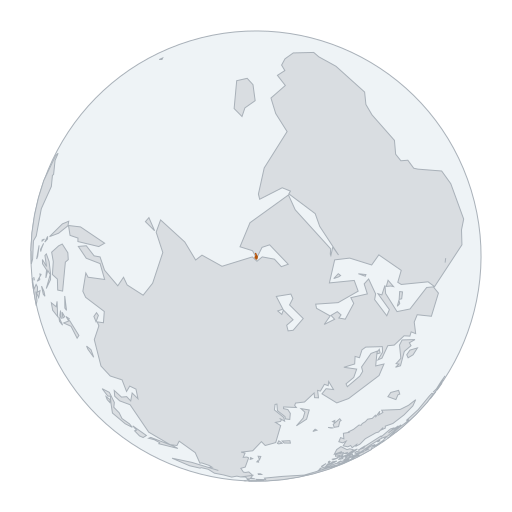 Musandam highlighted on a globe, orthographic projection, rotated 163°
{"feature_id": "OMN-2425", "entity_name": "Musandam", "entity_type": "Province", "adm_level": 1, "iso_a3": "OMN", "parent_name": "Oman", "parent_adm1": "", "projection": "orthographic", "projection_center": [56.333, 25.799], "detail": "fine", "context": "on_globe", "style": "filled", "palette": "amber", "viewbox_px": 512, "rotation_deg": 163, "n_neighbors": 0, "source": "natural_earth", "source_scale": "10m", "svg_char_len": 11170}
<svg xmlns="http://www.w3.org/2000/svg" viewBox="0 0 512 512"><g transform="rotate(163 256 256)"><circle cx="256" cy="256" r="225" fill="#eef3f6" stroke="#a8b0b8"/><path d="M326.7,42.1L328.6,42.7L326.7,42.2L329.7,43.4L326.7,42.7L316.1,39.5L313.9,39.2L320.1,41.2L321.0,42.3L312.2,39.3L312.8,41.1L295.1,37.5L274.0,32.4L261.9,32.2L233.9,32.3L234.1,32.7L223.6,33.9L219.9,35.0L215.8,35.3L216.5,36.1L220.9,35.6L222.7,35.9L221.0,36.7L215.4,37.0L215.4,36.7L212.9,37.3L210.8,37.2L210.9,37.7L204.3,38.4L208.1,39.0L200.7,40.8L197.1,40.9L201.0,39.1L202.2,37.2L217.6,34.0L233.2,31.9L249.0,30.8L264.8,30.9L280.5,32.1L296.1,34.3L311.5,37.7L326.7,42.1ZM165.4,49.8L165.0,50.0L173.3,46.7L174.2,46.6L181.3,44.5L176.4,46.9L167.7,50.7L161.6,52.8L157.6,54.7L160.3,54.8L145.9,61.6L131.2,71.4L127.8,73.3L126.9,72.2L134.8,66.2L134.4,66.4L149.5,57.5L165.4,49.8ZM131.3,68.4L130.4,69.0L123.5,73.8L131.3,68.4ZM120.1,76.3L119.2,77.0L117.3,78.5L118.9,77.4L115.3,80.3L116.0,79.5L120.1,76.3ZM330.7,43.7L332.7,44.4L333.4,44.8L330.7,43.7ZM183.5,43.4L182.4,43.9L181.6,44.0L183.5,43.4ZM187.6,42.1L187.5,41.9L189.5,41.3L187.6,42.1ZM329.5,44.3L330.0,45.1L327.6,43.7L329.5,44.3ZM187.3,42.7L192.9,40.3L196.4,39.3L199.3,39.2L187.3,42.7ZM329.2,45.2L330.7,47.8L335.3,49.2L323.3,47.2L325.9,45.3L322.2,43.1L326.5,44.7L329.2,45.2ZM223.1,35.2L218.3,35.6L223.9,34.6L223.1,35.2ZM226.3,34.5L241.2,31.9L247.5,32.1L241.2,32.7L250.7,32.7L246.5,33.9L240.3,34.2L237.1,33.7L237.9,34.6L226.3,34.5ZM316.4,46.0L315.2,46.3L314.5,45.4L316.4,46.0ZM223.9,36.0L226.3,35.3L232.0,35.2L228.1,36.7L227.5,36.2L223.9,36.0ZM255.3,32.3L258.8,32.8L256.3,33.8L257.3,34.2L246.9,33.9L255.3,32.3ZM225.3,36.6L226.0,37.5L221.7,38.3L221.9,36.7L225.3,36.6ZM235.0,34.7L237.5,34.8L234.9,35.2L235.0,34.7ZM207.0,42.6L209.8,41.4L213.0,41.1L207.0,42.6ZM226.5,37.8L228.0,37.5L229.5,37.4L229.1,38.2L226.5,37.8ZM245.9,34.9L244.1,35.4L250.0,35.0L248.4,36.1L241.8,35.9L244.0,36.4L243.5,36.8L238.6,36.3L245.9,34.9ZM233.3,38.8L224.3,39.5L218.4,41.6L215.4,41.8L225.4,38.3L233.3,38.8ZM236.8,37.3L234.0,38.2L231.7,37.7L232.3,36.8L236.8,37.3ZM249.7,37.1L253.9,35.4L255.2,35.6L249.7,37.1ZM232.1,39.5L234.3,39.4L231.9,39.7L232.1,39.5ZM244.8,37.8L246.1,37.1L247.6,37.3L244.8,37.8ZM237.6,39.8L234.7,39.9L235.0,39.2L237.6,39.8ZM241.3,39.0L243.0,39.4L236.8,38.9L241.6,38.6L241.3,39.0ZM246.0,38.1L247.3,38.0L245.2,38.4L246.0,38.1ZM238.2,42.8L230.4,42.4L231.0,40.6L238.5,41.2L238.2,42.8ZM48.6,268.2L46.6,230.6L51.8,221.0L55.8,206.5L94.2,174.5L99.0,181.0L125.4,186.3L128.1,189.4L121.3,199.8L138.2,221.2L148.0,213.6L167.0,226.6L181.9,229.3L193.7,208.8L169.2,203.9L168.6,192.5L191.1,187.4L213.0,192.5L213.4,188.3L202.6,177.0L210.8,170.6L199.3,172.5L201.6,177.3L194.5,179.0L191.9,174.8L194.9,172.5L189.1,169.5L176.4,182.1L177.5,188.4L160.6,187.2L160.7,197.7L155.0,201.1L152.7,184.8L155.3,179.6L148.4,160.6L144.1,165.7L150.4,184.3L147.0,182.0L141.3,190.2L143.0,182.2L137.4,161.6L124.2,160.3L102.0,176.0L95.4,174.6L92.4,167.2L105.9,147.1L119.0,152.7L124.0,146.6L126.0,135.1L129.8,138.1L132.3,134.4L137.7,136.4L149.9,130.4L156.2,131.7L165.4,121.5L169.8,121.0L163.1,127.0L161.7,132.4L177.7,136.8L182.1,135.3L186.8,128.5L190.6,131.0L193.2,123.9L204.5,123.9L192.8,118.4L198.0,111.3L207.3,107.4L206.9,104.3L191.8,110.8L187.7,114.5L187.5,119.0L174.5,129.2L168.0,129.6L173.7,115.9L165.2,115.3L173.3,105.7L209.1,92.6L221.7,91.9L233.2,104.9L227.8,108.6L220.9,105.6L223.2,114.7L224.9,110.9L228.1,113.3L233.9,108.0L236.4,109.5L237.7,102.1L241.4,103.4L240.5,108.0L252.3,102.2L261.2,103.8L262.7,101.8L261.7,99.3L273.7,103.6L274.3,102.0L270.5,99.9L269.2,95.5L271.5,89.8L275.5,91.6L275.2,93.9L280.7,101.8L279.3,108.3L281.2,108.5L283.4,103.4L276.7,93.6L276.9,89.7L280.9,93.8L279.5,92.0L280.9,90.6L286.0,91.2L282.0,86.6L291.7,71.8L302.6,72.1L305.1,76.9L316.1,70.7L327.6,72.8L324.1,70.7L327.1,67.2L323.5,66.4L322.1,65.1L328.0,57.3L332.6,57.4L331.2,53.0L329.4,52.1L326.0,51.6L323.3,47.2L335.3,49.2L338.7,51.1L343.9,51.7L351.0,56.1L359.3,60.5L364.0,66.0L370.2,69.6L371.5,69.5L380.8,74.8L395.4,87.2L377.7,77.4L354.7,61.9L363.6,67.9L359.8,66.9L362.0,69.4L368.4,74.0L370.2,74.3L371.6,85.7L383.6,101.4L387.0,97.9L393.4,100.8L410.1,118.9L419.9,150.6L428.7,157.3L432.1,163.2L430.9,168.9L425.9,160.4L420.8,159.3L418.2,154.0L414.5,161.2L410.6,154.0L409.7,163.8L414.8,168.5L419.4,164.3L420.3,176.7L430.5,183.9L436.4,196.1L435.1,223.3L426.7,235.1L427.1,239.4L421.4,236.8L417.3,247.3L431.0,266.3L431.9,272.9L423.7,289.5L422.8,284.8L407.6,277.8L407.3,294.3L419.0,303.5L423.1,317.1L415.3,315.4L410.8,303.5L405.4,300.7L405.0,286.7L396.9,267.9L388.9,274.4L387.7,266.0L375.4,251.5L362.8,260.2L344.1,286.6L344.5,308.0L336.7,318.4L320.0,290.2L314.9,269.8L307.4,272.6L291.5,256.1L259.8,256.2L256.6,250.7L250.3,253.3L239.3,247.6L234.9,238.4L227.6,238.7L239.7,262.7L247.7,262.5L256.1,253.7L257.8,262.1L268.6,269.5L252.0,289.6L207.1,304.9L205.0,288.7L182.5,241.0L184.4,236.1L184.4,235.6L184.3,234.5L179.9,242.2L176.8,232.8L186.4,265.7L187.0,279.2L206.4,305.8L204.1,308.0L211.0,313.6L235.9,309.2L235.6,314.5L222.4,337.8L189.9,365.9L195.5,386.5L195.5,402.7L178.1,410.5L182.7,422.5L174.2,424.9L175.7,431.1L170.6,436.1L161.0,439.3L141.3,433.8L137.7,428.1L124.1,414.1L104.2,381.0L106.6,368.8L103.8,357.0L89.8,326.1L92.7,312.5L89.6,304.7L82.8,303.2L79.5,293.8L75.7,291.7L53.6,283.0L48.6,268.2ZM77.1,194.4L75.2,198.5L77.1,194.4ZM233.8,209.4L248.4,211.4L245.8,197.3L251.3,197.1L248.4,192.6L245.6,196.3L239.2,184.2L246.9,180.8L247.2,175.0L242.2,174.1L229.1,182.4L238.2,199.4L233.2,204.6L233.8,209.4ZM122.1,74.8L121.8,75.0L119.4,76.9L122.1,74.8ZM115.9,81.7L110.2,86.1L114.2,82.7L113.0,83.1L120.0,76.9L126.5,74.0L122.3,76.2L115.9,81.7ZM131.1,68.7L125.9,72.4L131.4,68.5L131.1,68.7ZM140.3,114.2L140.7,117.5L136.3,121.0L128.5,120.9L134.7,115.6L140.3,114.2ZM142.1,121.4L149.9,108.8L155.1,108.8L150.9,110.8L153.5,112.1L147.4,115.8L144.8,128.9L140.8,133.0L128.4,129.6L134.7,128.2L134.0,124.9L142.1,121.4ZM160.8,81.8L164.2,77.8L171.0,82.9L167.0,86.1L158.9,85.8L158.9,81.9L160.8,81.8ZM191.3,43.7L192.2,43.0L193.8,42.7L194.3,43.2L191.3,43.7ZM208.1,42.0L189.1,47.3L189.1,46.5L178.0,51.3L173.8,51.3L181.1,48.1L169.5,52.0L174.5,49.1L166.6,52.2L183.5,45.1L187.5,43.1L184.6,45.2L188.4,45.1L191.2,44.5L202.2,41.6L212.7,38.0L218.1,37.9L219.1,38.8L217.5,39.6L214.5,39.3L214.4,40.7L208.8,40.9L208.1,42.0ZM228.2,57.6L225.4,55.5L224.3,60.9L218.6,60.1L218.9,60.8L213.4,61.7L207.0,64.2L205.0,63.4L203.4,64.7L199.8,65.6L196.9,67.3L192.3,66.7L188.4,68.8L188.4,67.3L183.0,71.3L185.0,68.1L180.4,69.3L180.9,71.8L163.0,67.1L153.9,68.6L145.3,71.9L149.8,66.8L160.8,60.8L174.1,55.8L182.1,55.5L182.7,53.6L186.8,53.1L184.6,54.8L190.3,51.8L193.1,51.9L204.9,49.3L211.5,45.7L215.9,44.9L214.8,46.4L220.1,44.6L220.9,47.1L224.1,46.7L228.1,49.0L223.9,52.6L227.8,52.0L231.1,54.2L228.2,57.6ZM239.1,43.5L235.4,47.3L230.5,48.9L225.6,44.2L222.6,44.2L219.2,41.9L226.4,39.8L226.7,40.6L228.6,40.9L225.6,41.4L229.5,41.3L230.0,42.5L233.2,42.8L231.1,43.9L239.1,43.5ZM133.4,186.5L135.9,187.9L140.3,188.8L136.8,194.2L133.4,186.5ZM129.2,172.5L131.8,172.6L129.0,180.0L126.4,178.8L129.2,172.5ZM135.6,166.6L132.2,172.0L132.5,168.4L135.6,166.6ZM165.7,127.0L168.8,127.0L168.2,128.7L165.4,130.7L165.7,127.0ZM223.5,75.9L222.7,73.8L224.2,73.4L226.9,68.7L231.3,69.3L231.4,72.4L223.5,75.9ZM188.2,211.7L182.5,215.0L180.8,212.6L183.1,211.9L188.2,211.7ZM157.4,204.7L163.3,209.1L156.3,206.1L157.4,204.7ZM228.7,75.7L229.4,73.7L231.2,75.3L228.7,75.7ZM234.7,69.6L237.2,71.0L232.2,68.9L234.7,69.6ZM288.5,471.4L291.1,472.2L287.3,472.7L288.5,471.4ZM233.8,403.4L223.2,429.3L212.5,428.5L208.8,420.7L211.4,404.8L223.3,400.9L228.6,393.5L233.8,403.4ZM453.3,334.1L456.2,332.8L455.9,333.8L453.3,334.1ZM450.4,333.2L454.0,331.0L449.5,335.7L450.4,333.2ZM455.4,330.2L459.0,325.8L460.6,323.2L460.1,325.3L455.4,330.2ZM447.8,334.9L431.8,343.3L424.9,344.0L427.0,339.9L438.1,335.5L447.8,334.9ZM426.4,340.0L415.3,335.1L397.0,312.5L403.6,311.0L422.1,321.9L421.0,325.2L427.8,330.1L426.4,340.0ZM451.5,309.9L450.3,319.4L441.8,323.4L437.8,324.1L435.0,314.1L436.6,307.4L440.1,305.9L451.2,279.0L455.6,281.4L452.7,292.0L456.1,297.8L451.5,309.9ZM345.6,309.8L351.7,321.2L347.2,324.0L345.6,309.8ZM454.0,262.1L450.6,273.7L453.1,259.4L454.0,262.1ZM454.3,249.4L455.4,253.7L452.9,250.6L454.3,249.4ZM428.7,245.6L425.1,248.4L424.1,245.3L428.2,239.9L428.7,245.6ZM440.8,206.6L444.0,215.9L444.4,219.4L441.2,214.7L440.8,206.6ZM267.0,81.8L258.3,87.2L254.9,92.4L257.6,96.9L250.1,93.2L255.3,85.2L267.0,81.8ZM288.2,72.6L285.8,69.3L289.3,69.7L290.3,70.5L288.2,72.6ZM285.1,71.4L277.6,69.5L277.8,67.0L283.7,68.9L285.1,71.4ZM252.9,71.6L250.1,73.1L248.7,71.6L252.9,71.6ZM437.0,390.1L418.3,410.6L415.2,412.1L420.2,406.2L425.7,393.2L427.1,392.6L431.4,382.3L447.5,364.0L460.3,339.4L464.4,335.6L470.5,318.4L473.2,314.1L469.7,326.3L469.8,327.1L463.5,343.8L455.9,359.9L447.0,375.4L437.0,390.1ZM460.3,329.6L464.9,319.5L466.7,317.2L460.3,329.6ZM477.7,296.0L476.3,300.4L477.4,294.8L477.9,289.3L474.6,293.1L474.0,290.2L475.7,285.3L472.7,286.0L476.0,279.7L476.9,286.4L478.5,277.2L480.1,274.3L480.7,272.7L477.7,296.0ZM474.9,298.3L475.4,297.6L474.7,300.8L474.9,298.3ZM468.3,299.5L467.9,302.0L466.9,301.3L468.3,299.5ZM469.7,296.6L472.6,295.8L469.3,299.0L469.7,296.6ZM458.2,298.4L459.4,303.0L463.4,296.5L460.4,303.9L462.4,311.0L461.3,315.1L459.4,307.2L457.7,318.2L455.9,319.3L455.5,311.2L457.6,299.2L459.4,293.5L466.1,286.2L458.2,298.4ZM469.9,289.9L469.1,284.2L469.6,279.2L470.6,281.7L469.9,289.9ZM465.4,271.1L461.9,265.9L459.5,270.8L463.4,256.1L466.3,263.6L465.4,271.1ZM461.0,256.5L458.9,261.0L460.5,252.9L461.0,256.5ZM457.9,259.0L456.7,253.9L458.8,253.1L457.9,259.0ZM462.3,255.7L461.2,246.4L463.0,250.9L462.3,255.7ZM453.4,242.8L459.5,248.2L453.1,248.7L448.6,231.8L451.1,229.7L453.4,242.8ZM440.5,165.4L437.5,161.2L438.6,158.6L440.3,162.2L440.5,165.4ZM439.2,147.8L437.9,156.6L436.3,164.5L438.7,165.4L441.9,174.1L436.1,168.5L434.3,157.4L436.2,152.9L432.7,146.1L431.7,139.8L426.1,132.5L424.4,128.3L430.1,133.8L439.2,147.8ZM423.5,129.6L413.3,116.4L417.0,115.4L420.0,118.0L423.2,124.3L421.1,124.4L423.5,129.6ZM411.9,113.1L409.7,113.3L390.2,98.1L387.0,94.8L403.8,104.9L402.7,105.7L406.8,109.9L411.9,113.1ZM317.6,47.1L315.4,46.4L317.6,46.6L317.6,47.1ZM320.1,64.8L318.5,63.2L321.0,63.2L320.1,64.8ZM315.4,58.9L313.6,60.0L313.8,58.1L315.4,58.9ZM310.0,62.9L312.2,60.1L312.5,63.9L310.0,62.9Z" fill="#d9dde1" stroke="#a8b0b8" stroke-width="1"/><path d="M255.4,256.6L255.3,256.3L255.4,256.2L255.3,255.9L255.4,255.7L255.4,255.3L255.5,255.2L255.4,254.9L255.2,255.0L255.1,254.9L255.4,254.4L255.5,254.2L255.6,254.3L255.8,254.3L256.0,254.4L256.3,254.4L256.2,254.3L256.1,254.2L256.1,254.3L255.9,254.3L255.9,254.1L256.0,254.1L256.0,253.9L256.1,253.7L256.2,253.8L256.3,253.7L256.3,253.8L256.5,253.9L256.4,254.0L256.2,254.2L256.3,254.2L256.4,254.3L256.5,254.2L256.5,254.3L256.4,254.4L256.4,254.5L256.5,254.6L256.4,254.6L256.2,254.5L256.2,254.4L256.0,254.5L256.0,254.8L256.0,254.7L256.1,254.8L256.5,254.8L256.4,254.9L256.3,255.0L256.2,255.0L256.3,255.1L256.2,255.2L256.3,255.3L256.4,255.5L256.2,255.5L256.2,255.8L256.1,256.0L255.9,256.2L255.8,256.4L255.8,256.5L255.7,256.7L255.4,256.6L255.4,256.6ZM256.1,258.0L255.9,258.1L255.7,258.3L255.6,258.2L255.6,257.9L255.8,257.9L255.9,258.0L256.1,258.0ZM255.8,258.2L255.7,258.1L255.8,258.2Z" fill="#f59e0b" stroke="#b45309" stroke-width="1.5"/></g></svg>